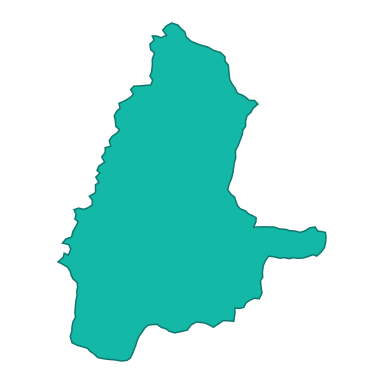 Cedro do Abaeté, Minas Gerais, Brazil (Mercator projection)
{"feature_id": "56859067B21922864166486", "entity_name": "Cedro do Abaeté", "entity_type": "district", "adm_level": 2, "iso_a3": "BRA", "parent_name": "Brazil", "parent_adm1": "Minas Gerais", "projection": "mercator", "projection_center": [-45.692, -19.108], "detail": "fine", "context": "isolated", "style": "filled", "palette": "teal", "viewbox_px": 384, "rotation_deg": 0, "n_neighbors": 0, "source": "geoboundaries", "source_scale": "gbopen_adm2", "svg_char_len": 2676}
<svg xmlns="http://www.w3.org/2000/svg" viewBox="0 0 384 384"><path d="M224.9,56.7L220.5,52.5L213.4,50.3L208.0,47.1L203.1,45.7L198.0,44.2L191.0,41.2L186.3,37.1L184.5,31.5L180.7,28.3L177.8,25.0L171.7,23.0L166.5,25.8L162.7,30.1L166.5,35.3L161.1,37.7L157.0,36.1L152.3,35.9L154.1,40.1L149.9,44.2L150.7,49.7L154.6,53.1L152.3,59.0L152.3,65.8L151.6,72.1L149.9,75.9L152.7,80.2L150.8,85.0L144.1,85.5L138.7,86.0L133.9,86.1L130.6,89.6L133.5,94.1L130.2,97.5L124.6,100.9L118.9,103.4L120.1,108.2L117.0,110.8L114.3,115.6L115.4,121.4L115.9,126.5L119.6,129.8L117.2,132.8L112.2,136.3L109.2,140.5L110.8,146.2L105.2,147.7L105.2,152.5L101.7,156.9L104.6,162.1L98.9,166.0L97.0,170.5L99.9,173.0L95.8,177.2L99.0,182.4L95.5,184.8L95.5,192.7L89.3,196.2L92.3,200.1L92.1,205.1L87.5,208.0L83.6,209.3L78.6,208.1L74.0,209.7L76.1,214.5L74.9,219.0L78.2,221.7L75.5,227.0L73.0,231.3L71.5,237.1L65.8,239.0L62.5,243.1L68.7,244.5L70.8,249.4L68.3,255.1L64.2,253.2L63.3,257.3L58.0,261.9L62.5,264.1L67.5,267.2L70.2,271.1L71.1,275.2L73.1,279.0L77.0,282.3L77.7,286.9L76.8,291.0L77.0,295.7L75.9,300.8L75.3,307.4L74.9,313.0L75.6,317.0L73.0,321.8L72.0,327.1L71.8,331.6L70.2,336.3L72.0,342.7L77.6,345.4L83.2,346.9L87.5,348.3L90.0,351.3L93.5,353.5L97.8,357.5L103.4,358.7L108.5,359.4L115.0,359.9L121.6,361.0L126.9,360.4L130.2,358.1L132.3,354.1L133.9,350.0L135.8,345.1L137.2,340.4L139.3,335.8L142.0,332.3L144.5,328.3L148.2,325.1L152.5,324.6L156.9,324.3L161.6,327.5L165.9,328.8L169.2,331.2L174.6,332.9L182.8,331.2L187.4,330.0L191.0,325.0L196.4,322.0L204.5,322.9L209.2,324.9L213.4,327.2L218.8,323.7L223.0,320.7L228.4,320.7L233.7,321.4L235.0,313.0L234.9,308.0L240.0,308.4L243.9,307.3L245.8,303.1L249.9,300.2L254.4,298.2L259.2,298.8L262.0,293.0L261.0,286.2L260.4,280.9L262.7,277.2L262.4,272.2L263.3,265.6L265.7,260.2L268.7,256.1L274.5,256.9L279.8,258.2L284.0,257.6L289.3,258.7L293.2,257.6L297.2,258.2L301.3,258.2L305.2,257.5L308.9,256.2L313.1,254.7L316.7,256.1L320.7,252.6L324.4,247.7L325.6,242.5L326.0,237.5L325.4,232.4L321.5,231.6L317.6,230.9L315.1,227.0L310.0,227.8L304.8,230.9L300.1,232.4L294.8,231.0L289.7,230.7L286.0,229.4L279.6,229.0L274.0,227.0L269.7,227.0L263.6,226.8L258.8,227.0L253.6,227.2L255.9,221.9L256.2,217.8L252.5,215.6L248.6,213.9L245.3,210.8L240.2,208.8L237.5,205.6L235.9,201.4L234.6,197.1L230.8,194.2L227.6,189.6L229.3,183.5L231.6,178.1L232.9,172.6L233.7,167.3L234.2,163.0L235.7,158.2L235.4,150.7L238.3,145.1L240.6,139.0L242.3,134.4L242.9,130.0L245.6,126.3L245.6,121.0L247.0,115.8L250.9,112.3L253.0,108.4L257.9,104.1L254.6,100.5L249.1,100.3L245.8,97.3L242.3,95.1L237.5,93.3L235.0,88.1L232.0,83.9L229.7,79.4L229.1,73.5L228.3,65.2L225.1,61.2L224.9,56.7Z" fill="#14b8a6" stroke="#0f766e" stroke-width="1.5"/></svg>